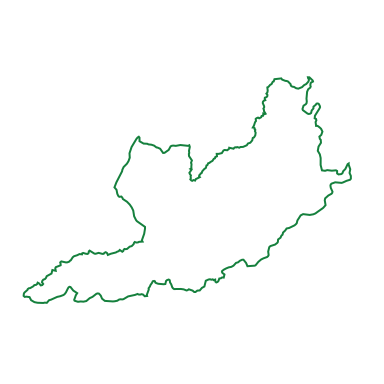 the district of Sacramento, Minas Gerais, Brazil, rotated 276°
{"feature_id": "56859067B64551468531764", "entity_name": "Sacramento", "entity_type": "district", "adm_level": 2, "iso_a3": "BRA", "parent_name": "Brazil", "parent_adm1": "Minas Gerais", "projection": "natural_earth1", "projection_center": [-47.253, -19.856], "detail": "fine", "context": "isolated", "style": "outline", "palette": "green", "viewbox_px": 384, "rotation_deg": 276, "n_neighbors": 0, "source": "geoboundaries", "source_scale": "gbopen_adm2", "svg_char_len": 5978}
<svg xmlns="http://www.w3.org/2000/svg" viewBox="0 0 384 384"><g transform="rotate(276 192 192)"><path d="M188.5,114.4L186.3,116.7L182.4,117.9L180.4,119.1L179.6,120.2L180.1,122.2L179.1,123.3L177.8,124.0L175.5,128.4L173.0,131.4L170.3,133.7L167.4,135.5L161.8,137.0L158.2,139.3L157.2,140.3L152.4,148.9L150.7,149.1L145.4,148.8L138.7,147.2L137.5,148.0L136.9,144.5L136.2,143.5L135.9,141.8L136.3,140.3L135.2,139.6L134.0,139.4L131.9,137.7L131.1,135.7L128.6,133.4L128.2,132.0L128.3,130.8L127.4,130.1L126.1,129.8L125.3,128.9L126.8,126.2L125.5,125.3L124.8,123.8L123.9,122.6L122.1,117.7L120.6,114.9L122.3,114.0L123.1,112.5L122.4,111.3L121.3,110.6L121.1,109.3L121.7,105.5L120.5,102.6L120.5,101.4L123.0,96.3L122.2,95.6L120.7,95.6L119.5,94.7L119.5,92.9L120.0,90.1L119.4,89.1L118.5,89.1L118.5,86.6L117.1,84.4L115.8,81.4L114.6,80.2L111.4,78.6L110.9,77.8L110.0,77.3L109.0,75.4L108.8,73.9L109.3,69.3L108.2,68.3L106.6,68.9L105.4,69.0L103.0,64.4L101.9,64.0L99.4,64.7L99.8,61.3L96.2,60.8L93.1,56.3L91.2,55.7L90.0,54.8L89.3,53.3L88.1,52.5L86.6,52.2L85.0,53.6L83.8,52.8L83.3,51.4L85.2,49.3L85.7,48.0L84.3,47.6L83.4,46.7L82.9,44.9L81.7,44.1L79.5,41.1L79.2,39.8L78.3,38.8L77.4,38.6L74.4,35.8L73.2,35.4L71.1,35.4L70.2,36.6L70.6,38.2L70.5,41.4L67.6,43.3L66.0,46.8L65.7,49.9L66.1,55.7L66.6,57.2L66.6,59.2L69.5,61.2L70.1,62.9L73.6,68.9L74.6,71.9L76.1,74.9L77.0,75.9L78.9,77.1L83.2,78.7L84.2,79.2L84.9,80.0L84.8,81.1L81.6,84.2L79.4,88.4L77.3,87.3L72.4,86.1L71.6,86.6L71.1,89.0L70.9,90.1L71.5,92.7L71.6,95.5L72.5,98.3L75.7,101.3L77.3,104.0L80.8,107.6L81.3,108.9L81.2,110.1L79.4,112.1L76.5,113.7L74.6,116.7L74.9,124.8L75.3,126.7L76.1,129.2L77.2,130.4L77.8,131.8L77.9,134.0L78.3,135.1L81.5,139.4L83.7,146.1L84.9,148.5L84.5,149.5L84.5,151.0L85.1,152.5L84.9,154.0L83.4,155.9L83.9,158.2L84.9,157.8L90.5,159.2L91.7,158.9L93.6,160.0L95.1,160.4L97.6,161.8L99.1,162.3L99.6,163.6L99.2,164.6L98.2,164.9L97.7,165.8L97.2,168.0L97.3,173.5L97.7,175.1L100.8,175.5L101.8,176.4L102.5,178.0L101.9,179.1L99.8,179.6L98.0,181.0L95.2,182.3L94.3,183.1L93.6,184.3L94.4,191.0L94.3,193.9L93.5,196.8L93.9,197.9L94.9,199.0L94.0,202.9L92.8,204.6L92.9,205.9L94.5,207.6L94.9,210.0L97.7,211.9L99.3,214.2L105.2,215.0L106.7,217.6L107.1,219.0L106.8,220.4L107.3,221.8L106.6,222.7L107.3,224.2L105.3,224.6L104.6,225.6L105.2,226.8L106.3,227.6L108.8,228.2L109.2,229.7L110.2,230.9L110.2,232.5L113.4,232.9L114.6,230.8L115.7,230.1L116.7,230.3L118.2,231.9L119.6,234.0L120.9,236.4L121.6,238.8L122.3,239.9L123.1,241.0L126.1,243.2L126.9,245.2L128.6,246.8L129.9,249.0L130.0,250.3L127.1,253.2L124.0,254.9L125.3,262.1L125.8,262.9L129.5,265.3L132.1,267.8L133.5,270.0L135.2,273.5L136.2,274.4L137.3,274.8L140.7,274.0L145.2,274.6L146.4,275.6L148.4,280.1L150.4,282.2L151.3,282.6L153.8,282.6L155.8,284.8L158.0,285.5L159.0,286.5L161.2,286.8L163.4,288.7L165.6,289.9L166.4,292.4L169.5,297.4L170.5,298.4L171.8,299.4L174.7,299.8L180.1,302.5L181.6,304.8L181.5,311.5L182.5,315.0L183.6,317.0L185.5,319.1L189.9,324.1L191.7,325.4L192.9,326.2L197.6,324.9L199.6,325.1L202.8,328.0L204.8,330.9L205.7,331.5L207.0,331.7L210.6,329.6L212.8,329.0L214.0,329.2L214.9,329.9L216.6,333.4L216.7,339.8L217.2,341.0L219.3,344.6L220.7,347.9L221.8,348.6L224.6,348.3L227.4,346.7L231.2,347.0L235.7,344.9L236.7,344.8L236.0,343.9L230.9,342.1L228.5,340.2L226.3,339.6L225.4,338.5L224.8,335.9L225.6,334.4L228.1,334.1L228.6,332.9L227.8,328.8L227.9,324.2L227.0,322.1L227.1,319.0L232.3,317.1L239.2,316.4L242.8,315.2L246.1,312.8L250.4,313.1L254.4,315.1L257.3,314.6L258.2,313.6L260.4,312.9L262.3,314.6L265.7,315.4L268.3,313.8L269.2,312.7L270.5,310.7L270.9,309.6L270.7,308.5L274.5,307.6L276.3,308.2L277.6,307.7L278.1,306.3L280.7,306.3L288.5,310.1L289.8,310.5L290.8,310.2L292.7,309.0L293.2,307.9L292.9,306.6L291.6,305.9L289.6,303.9L287.7,304.0L285.6,302.5L283.0,302.2L282.1,301.1L281.8,299.7L282.1,298.6L285.0,293.7L286.1,293.2L289.5,293.9L291.2,296.0L292.2,296.6L294.0,296.7L296.8,296.1L303.7,296.0L306.3,296.8L308.2,298.7L309.4,299.0L310.6,298.5L312.6,298.6L313.4,299.1L314.5,300.8L315.5,300.4L318.3,296.8L318.2,295.3L317.1,295.7L316.3,296.5L315.0,296.5L313.8,296.1L311.3,294.3L310.0,292.3L307.8,290.5L305.9,286.9L306.1,284.7L307.2,282.4L307.2,281.2L307.6,279.8L308.4,279.1L309.5,278.8L311.9,276.0L312.3,274.6L312.3,273.2L313.2,269.9L314.3,268.9L312.8,262.2L310.5,261.7L310.1,260.8L307.6,259.8L306.8,258.6L304.5,257.0L303.9,256.0L300.6,256.7L298.8,256.5L297.6,255.7L296.4,256.9L294.9,256.8L294.0,255.9L293.4,254.6L292.1,254.6L291.0,255.3L290.2,253.8L289.1,253.1L287.8,253.1L284.8,254.8L283.6,254.9L282.4,254.3L281.1,255.0L280.0,255.1L277.5,257.0L277.0,256.1L277.5,254.7L275.3,254.7L274.9,253.3L273.6,253.0L272.3,251.1L272.9,249.9L272.1,248.4L271.3,247.7L269.3,248.2L268.0,247.4L264.6,246.7L262.5,245.8L262.5,246.9L261.9,247.7L261.0,247.7L260.3,248.5L259.2,248.2L257.6,249.1L254.9,249.0L252.8,248.0L252.1,246.8L249.6,246.5L247.1,244.8L246.1,242.6L244.2,241.6L242.2,238.1L241.8,235.5L241.0,234.4L241.4,232.2L240.9,231.3L241.0,230.3L240.4,229.4L239.4,228.8L239.9,224.4L238.9,224.4L237.2,222.7L237.2,220.0L236.6,219.0L233.8,217.6L232.7,214.5L232.5,212.6L230.1,213.1L229.2,211.5L227.9,211.3L227.3,210.2L225.1,209.1L223.6,207.0L222.8,206.4L222.3,205.1L220.4,204.5L219.9,203.6L217.5,203.3L216.0,201.7L213.6,200.0L212.0,199.7L211.3,198.6L210.4,198.4L209.5,197.5L208.3,197.4L207.6,198.2L205.2,194.4L203.7,193.9L204.0,192.2L203.1,191.0L203.5,190.0L204.4,189.0L205.5,189.4L207.4,189.0L208.4,189.2L209.5,188.1L210.8,187.4L214.2,189.2L214.8,188.0L215.6,189.0L216.7,188.7L219.7,188.6L220.9,188.0L223.4,188.6L227.4,185.3L229.6,184.9L230.5,185.2L232.6,184.7L236.6,185.1L238.2,184.4L237.5,183.3L237.5,175.5L236.2,171.1L236.2,168.5L235.9,167.2L235.2,166.0L231.4,164.4L228.1,160.6L227.8,159.2L231.7,155.8L232.6,153.0L232.6,152.0L234.2,149.4L234.8,146.6L234.8,143.8L235.3,142.4L235.1,138.8L237.0,134.5L240.6,134.1L241.4,133.3L240.5,132.2L239.0,131.2L230.4,127.2L224.0,125.8L219.6,126.5L216.0,125.6L213.3,124.3L209.7,121.4L206.8,120.4L205.3,120.3L193.7,115.8L188.5,114.4Z" fill="none" stroke="#15803d" stroke-width="2"/></g></svg>